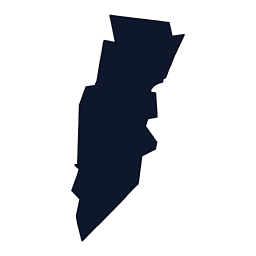 Checea, Timis, Romania (orthographic projection)
{"feature_id": "2599482B82782333976905", "entity_name": "Checea", "entity_type": "district", "adm_level": 2, "iso_a3": "ROU", "parent_name": "Romania", "parent_adm1": "Timis", "projection": "orthographic", "projection_center": [20.84, 45.724], "detail": "fine", "context": "isolated", "style": "filled", "palette": "ink", "viewbox_px": 256, "rotation_deg": 0, "n_neighbors": 0, "source": "geoboundaries", "source_scale": "gbopen_adm2", "svg_char_len": 5542}
<svg xmlns="http://www.w3.org/2000/svg" viewBox="0 0 256 256"><path d="M137.6,184.3L137.4,183.6L137.4,183.3L138.0,183.2L138.1,182.7L138.6,179.2L139.2,175.0L139.5,171.8L140.0,168.6L140.3,166.5L141.2,159.1L141.6,156.2L141.6,155.8L146.6,153.3L149.5,151.8L152.2,150.5L155.2,149.0L155.3,148.5L155.4,148.2L155.4,147.8L155.5,147.5L155.6,147.1L155.7,146.5L155.8,145.8L155.9,145.5L156.0,145.2L156.1,144.7L156.1,144.3L156.2,143.9L156.3,143.5L156.4,143.3L156.5,142.9L156.5,142.5L156.4,142.4L156.5,141.8L156.4,141.7L156.1,141.5L155.7,141.0L155.2,140.4L154.4,139.2L152.8,136.8L149.7,132.6L148.8,131.3L147.3,129.1L145.2,126.3L145.6,125.2L146.1,123.6L146.6,121.8L147.0,120.5L147.2,120.0L147.7,118.6L150.4,118.0L152.1,117.8L153.4,117.5L155.2,117.2L156.3,116.9L156.8,116.9L156.8,116.7L156.8,116.2L156.8,115.8L156.8,115.1L156.7,114.6L156.7,113.4L156.7,112.5L156.6,111.7L156.6,110.6L156.5,109.9L156.5,109.3L156.4,108.9L156.4,108.4L156.4,107.6L156.3,107.3L156.3,107.0L156.3,106.7L156.3,106.4L156.2,105.4L156.1,104.5L156.0,102.7L156.0,101.5L156.0,101.0L155.9,100.2L155.9,99.9L155.9,99.4L155.8,98.8L155.7,98.0L155.7,97.1L155.7,96.4L155.6,95.7L155.6,94.9L155.6,94.6L155.5,94.0L155.5,93.6L155.4,93.3L155.2,93.1L154.3,92.9L154.0,92.8L153.7,92.8L152.0,92.6L151.2,92.5L150.9,92.4L150.6,92.3L150.5,92.2L150.5,91.4L150.5,91.0L150.6,90.1L150.6,89.9L150.7,89.5L151.0,89.0L151.5,88.4L152.4,87.2L152.9,86.5L153.1,86.3L153.3,86.1L154.1,85.5L154.2,85.4L154.7,85.2L155.2,84.7L156.0,84.3L156.6,84.0L157.5,83.6L158.2,83.3L159.0,82.9L160.8,82.4L161.4,82.2L162.0,82.1L162.3,82.0L162.5,81.8L162.6,81.6L162.6,80.5L162.7,79.7L162.7,79.3L162.8,79.0L162.9,78.8L164.6,78.0L165.5,77.5L166.0,76.3L166.2,75.8L166.3,75.6L166.4,75.4L166.5,75.0L166.9,73.9L167.0,73.7L167.1,73.2L167.2,72.8L167.3,72.5L167.5,72.1L167.8,71.3L167.9,71.0L168.5,69.6L168.8,68.6L169.5,67.2L170.1,65.8L170.3,65.5L170.4,65.3L170.8,64.6L170.9,64.0L171.1,63.5L171.5,62.4L171.9,61.5L172.5,59.9L172.9,58.9L173.5,57.4L174.0,56.2L174.2,55.8L174.5,55.0L175.3,53.4L176.0,52.1L176.6,50.7L177.1,49.5L177.7,48.2L178.8,46.0L182.3,38.7L182.5,38.3L182.9,37.3L184.0,34.9L183.6,34.8L183.3,34.8L181.5,35.1L180.5,35.2L179.7,35.4L178.9,35.4L178.5,35.5L177.3,35.7L176.7,35.8L174.7,36.0L171.9,36.4L171.8,35.7L171.7,35.4L171.4,34.0L171.1,32.6L170.6,30.3L170.4,29.6L170.3,28.7L170.1,28.3L169.6,25.7L168.9,22.7L165.6,22.4L161.4,21.8L158.9,21.4L156.3,21.1L155.6,21.0L150.9,20.5L145.7,19.8L137.6,18.9L132.4,18.3L126.2,17.5L116.4,16.3L110.2,15.4L110.3,16.2L110.3,17.0L110.6,18.2L110.9,18.9L112.0,24.7L112.9,28.8L113.6,32.6L115.3,40.7L115.5,41.5L115.6,41.8L116.0,42.4L115.8,43.1L115.5,42.9L114.2,42.5L113.5,42.4L113.3,42.3L112.4,42.2L111.6,42.1L111.1,41.9L110.6,41.9L110.4,41.7L104.3,40.6L104.0,41.9L103.7,42.1L102.4,50.6L101.9,53.5L101.3,56.5L100.8,59.5L100.2,62.4L99.2,68.6L98.7,71.7L98.2,74.8L97.2,80.9L96.0,83.4L95.4,85.6L86.2,87.0L85.3,89.4L84.4,91.6L81.6,99.7L80.6,102.4L79.6,104.9L79.3,115.3L79.2,118.9L79.2,122.4L78.9,129.6L78.7,136.3L78.6,139.5L78.5,142.5L78.2,151.4L78.2,154.4L78.1,155.2L78.1,156.4L78.0,157.4L78.0,158.1L78.0,159.0L77.9,160.5L77.9,161.1L77.9,162.9L77.9,163.9L77.8,165.4L77.5,165.3L77.3,165.1L77.1,164.9L76.9,164.7L76.5,164.6L75.9,164.6L75.6,164.7L75.3,164.8L75.1,165.0L75.4,165.5L75.5,165.6L76.0,166.1L76.5,166.5L77.1,167.0L77.5,167.4L78.6,168.2L79.4,168.9L79.4,169.4L79.1,170.2L77.9,174.2L77.7,174.8L76.9,177.1L76.3,178.7L75.9,179.9L75.8,180.1L75.2,181.6L74.8,182.8L74.5,183.6L74.1,184.8L73.8,185.6L72.7,188.6L72.6,189.1L72.3,189.7L72.0,190.5L72.2,190.8L73.1,191.7L74.5,193.1L75.8,194.4L76.1,194.7L77.0,195.8L77.8,196.5L78.6,197.5L79.5,198.4L80.1,199.0L80.1,199.4L79.9,200.0L79.8,200.5L79.6,201.4L79.5,201.8L79.3,203.0L79.0,204.4L78.5,206.9L78.3,207.6L77.9,209.7L77.7,210.8L77.1,213.4L76.7,215.0L76.6,216.0L76.6,216.5L76.7,217.2L77.0,218.6L77.3,220.2L77.5,221.4L77.9,223.9L78.9,227.7L80.1,232.4L80.6,234.6L81.3,237.2L81.4,237.8L81.7,238.9L82.1,240.4L82.3,240.6L84.1,238.8L84.9,238.0L86.1,236.7L86.9,235.9L89.4,233.3L90.6,232.2L91.4,231.3L91.5,231.1L91.8,230.8L92.0,230.6L92.3,230.3L92.5,230.1L92.9,229.7L93.8,228.8L94.1,228.4L94.5,228.1L95.6,227.0L95.8,226.7L96.1,226.4L96.4,226.2L96.5,226.0L96.7,225.8L96.9,225.7L97.2,225.4L97.5,225.4L97.9,224.9L98.1,224.8L98.3,224.6L98.5,224.3L98.8,224.1L99.3,223.6L99.6,223.2L99.9,223.0L100.1,222.7L100.3,222.5L100.8,222.1L101.7,221.1L101.9,220.9L102.1,220.8L102.8,220.0L103.3,219.4L103.7,219.1L103.8,218.9L104.3,218.5L104.5,218.3L104.7,218.0L105.1,217.7L105.4,217.4L105.5,217.2L106.0,216.7L106.3,216.4L106.6,216.1L106.8,215.9L107.5,215.3L107.7,215.0L108.0,214.7L108.3,214.4L108.5,214.2L109.5,213.1L109.9,212.7L110.2,212.4L110.5,212.1L110.8,211.8L111.2,211.3L111.3,211.3L112.0,210.7L112.3,210.4L112.4,210.2L112.5,210.0L112.8,209.9L113.2,209.4L113.4,209.3L113.4,209.1L113.5,209.1L113.7,208.9L114.6,207.9L115.0,207.6L115.5,207.1L116.2,206.3L116.5,206.0L117.2,205.3L117.8,204.7L118.3,204.2L119.6,202.8L120.0,202.5L120.4,202.0L120.7,201.8L120.8,201.5L121.1,201.3L121.3,201.0L121.6,200.8L121.8,200.4L122.2,200.1L122.4,199.9L122.5,199.8L122.6,199.7L122.8,199.5L123.1,199.2L124.2,198.0L126.2,195.9L126.2,195.6L126.3,195.5L126.8,195.0L126.9,194.9L127.0,194.7L127.7,194.1L128.0,193.8L128.2,193.6L128.3,193.4L129.0,192.6L129.3,192.4L129.6,192.1L129.8,191.9L130.2,191.4L130.3,191.4L130.4,191.2L130.7,190.9L131.0,190.6L131.7,189.8L131.9,189.5L132.0,189.4L132.3,189.2L132.7,188.8L133.3,188.2L133.5,188.0L133.8,187.7L134.3,187.1L134.6,186.9L134.8,186.7L135.2,186.4L135.4,186.1L136.0,185.6L136.7,184.7L136.9,184.6L137.2,184.4L137.6,184.3Z" fill="#0f172a" stroke="#020617" stroke-width="1.5"/></svg>